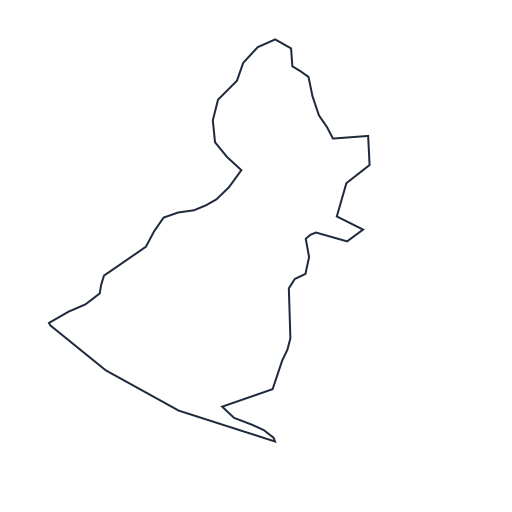 an SVG outline of Kŏḷamba, rotated 309°
{"feature_id": "LKA-2470", "entity_name": "Kŏḷamba", "entity_type": "District", "adm_level": 1, "iso_a3": "LKA", "parent_name": "Sri Lanka", "parent_adm1": "", "projection": "albers", "projection_center": [80.037, 6.845], "detail": "fine", "context": "isolated", "style": "outline", "palette": "slate", "viewbox_px": 512, "rotation_deg": 309, "n_neighbors": 0, "source": "natural_earth", "source_scale": "10m", "svg_char_len": 880}
<svg xmlns="http://www.w3.org/2000/svg" viewBox="0 0 512 512"><g transform="rotate(309 256 256)"><path d="M123.8,387.5L87.2,293.3L73.9,218.6L72.6,211.1L72.6,140.0L73.7,137.2L94.9,145.4L111.1,153.9L128.5,158.1L136.2,153.8L145.1,150.2L193.9,164.6L210.9,161.3L227.7,160.0L240.9,168.2L252.5,179.0L263.7,185.1L275.1,189.6L292.4,191.7L313.5,190.6L314.7,171.2L318.6,152.6L334.2,137.1L353.6,128.1L380.2,130.9L398.1,124.5L419.4,125.9L436.4,134.6L439.4,152.6L426.3,164.9L427.6,174.4L428.2,184.1L415.6,199.5L404.9,216.4L400.8,230.2L395.7,241.9L419.9,267.6L398.2,287.0L369.5,280.4L337.6,293.9L343.9,322.6L324.7,317.6L312.0,287.9L306.9,285.0L300.7,283.8L288.6,297.9L273.2,305.7L262.5,300.6L251.5,301.9L213.7,334.5L202.9,339.4L191.4,342.1L163.0,352.7L117.6,324.5L116.4,340.9L122.4,359.2L125.6,371.8L125.8,384.2L125.4,384.8L123.8,387.5Z" fill="none" stroke="#1e293b" stroke-width="2"/></g></svg>